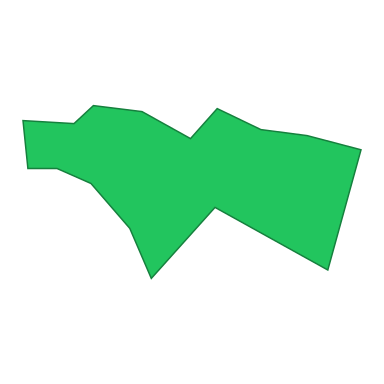 the border of Marsaxlokk
{"feature_id": "MLT-5963", "entity_name": "Marsaxlokk", "entity_type": "state/province", "adm_level": 1, "iso_a3": "MLT", "parent_name": "Malta", "parent_adm1": "", "projection": "mercator", "projection_center": [14.544, 35.838], "detail": "fine", "context": "isolated", "style": "filled", "palette": "green", "viewbox_px": 384, "rotation_deg": 0, "n_neighbors": 0, "source": "natural_earth", "source_scale": "10m", "svg_char_len": 330}
<svg xmlns="http://www.w3.org/2000/svg" viewBox="0 0 384 384"><path d="M361.0,149.8L327.8,270.0L215.0,207.4L151.3,278.4L129.8,228.4L91.0,183.5L57.0,168.5L27.9,168.5L23.0,120.6L74.0,123.6L93.4,105.6L142.0,111.6L190.5,138.6L217.2,108.6L260.9,129.6L307.1,135.6L361.0,149.8Z" fill="#22c55e" stroke="#15803d" stroke-width="1.5"/></svg>